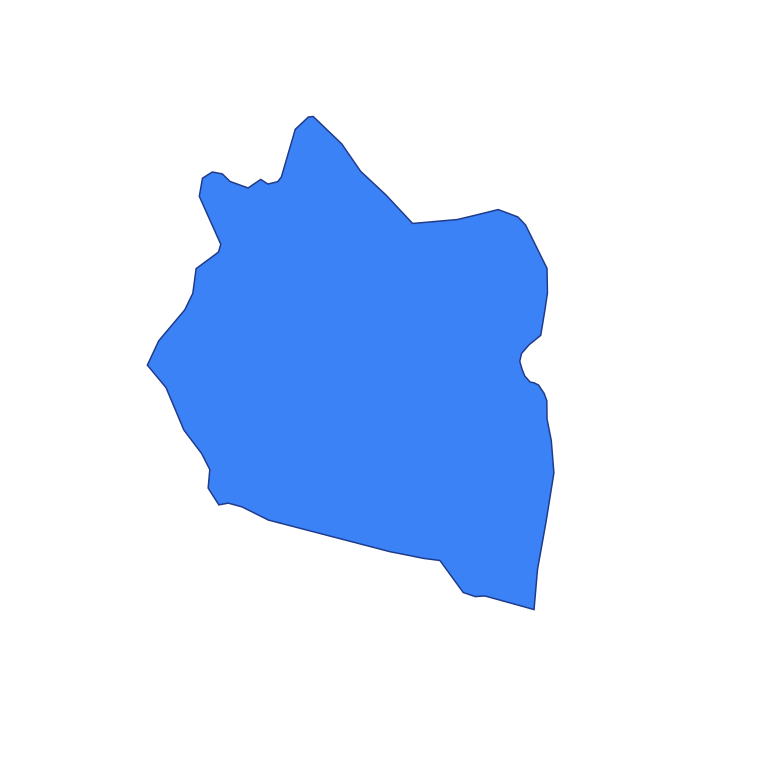 San Pablo Jocopilas, Suchitepéquez, Guatemala (Robinson projection), rotated 148°
{"feature_id": "79465075B77711429461890", "entity_name": "San Pablo Jocopilas", "entity_type": "district", "adm_level": 2, "iso_a3": "GTM", "parent_name": "Guatemala", "parent_adm1": "Suchitepéquez", "projection": "robinson", "projection_center": [-91.434, 14.594], "detail": "fine", "context": "isolated", "style": "filled", "palette": "blue", "viewbox_px": 768, "rotation_deg": 148, "n_neighbors": 0, "source": "geoboundaries", "source_scale": "gbopen_adm2", "svg_char_len": 951}
<svg xmlns="http://www.w3.org/2000/svg" viewBox="0 0 768 768"><g transform="rotate(148 384 384)"><path d="M588.1,369.0L579.2,365.5L569.6,355.1L554.1,329.8L467.9,238.7L442.8,215.1L430.1,204.7L427.3,165.2L419.2,155.3L410.9,150.9L376.3,113.2L352.0,145.5L320.9,179.8L287.0,218.6L272.1,247.4L264.3,267.9L254.8,283.5L253.2,291.2L253.5,301.2L256.1,305.5L259.1,308.2L260.4,316.4L259.0,323.7L256.9,331.2L251.2,337.0L240.1,340.4L225.3,342.2L207.6,362.3L203.2,367.5L197.2,374.5L184.5,395.6L179.7,443.8L181.9,454.6L194.7,471.4L234.4,484.5L274.7,505.0L282.2,543.4L291.1,576.7L292.6,609.9L302.3,648.4L306.7,650.5L324.3,647.0L361.3,614.0L366.9,611.9L376.5,615.1L380.1,622.8L395.4,622.3L407.2,637.3L409.8,647.9L417.3,654.8L428.9,654.7L441.2,641.0L448.4,588.9L454.5,583.6L482.2,581.4L498.1,562.2L513.6,552.5L552.2,540.0L574.7,525.4L570.8,496.4L578.1,451.0L575.5,421.5L577.1,403.7L588.3,388.9L588.1,369.0Z" fill="#3b82f6" stroke="#1e3a8a" stroke-width="1.5"/></g></svg>